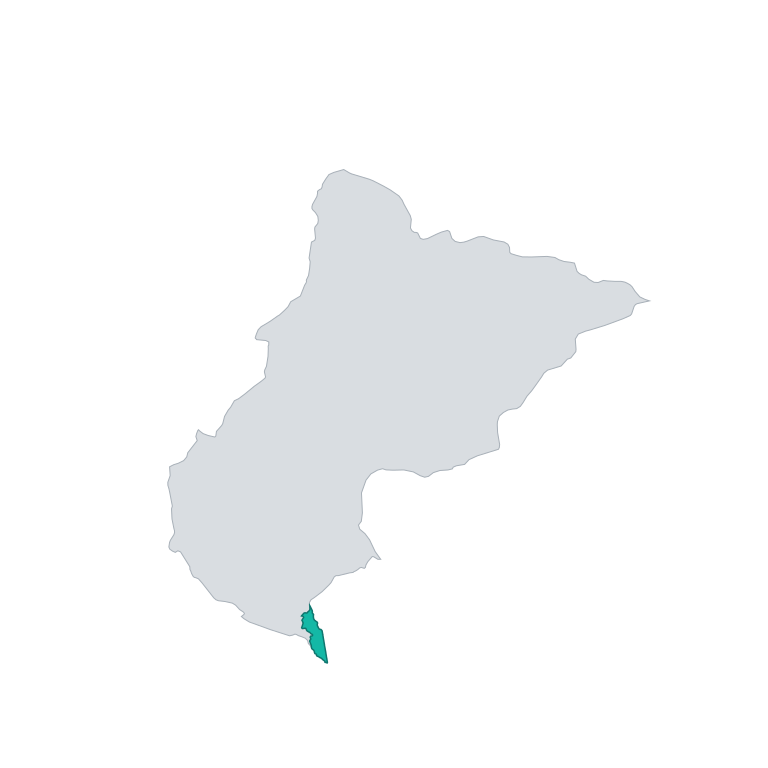 location of Bayanga, Sangha-Mbaéré, Central African Republic, rotated 328°
{"feature_id": "33826404B5322507148284", "entity_name": "Bayanga", "entity_type": "district", "adm_level": 2, "iso_a3": "CAF", "parent_name": "Central African Republic", "parent_adm1": "Sangha-Mbaéré", "projection": "robinson", "projection_center": [16.329, 2.823], "detail": "fine", "context": "in_parent", "style": "filled", "palette": "teal", "viewbox_px": 768, "rotation_deg": 328, "n_neighbors": 0, "source": "geoboundaries", "source_scale": "gbopen_adm2", "svg_char_len": 8057}
<svg xmlns="http://www.w3.org/2000/svg" viewBox="0 0 768 768"><g transform="rotate(328 384 384)"><path d="M513.2,285.6L519.3,287.4L520.4,289.5L518.7,296.5L519.9,300.8L523.4,304.4L526.9,306.0L530.2,306.9L541.8,309.1L546.7,311.7L553.1,319.8L561.1,327.2L563.1,331.1L562.8,334.7L560.4,339.0L560.8,340.8L564.5,345.1L568.7,349.5L576.5,354.5L589.9,362.2L596.0,367.3L598.1,371.2L601.6,375.5L606.4,379.4L609.6,382.4L607.4,390.8L608.1,393.6L609.3,396.0L612.1,399.4L613.2,403.7L616.0,409.0L619.4,411.4L624.9,412.4L627.8,414.8L633.9,419.1L639.7,422.8L642.3,425.3L643.8,427.6L645.2,430.2L645.9,432.9L646.0,438.6L647.1,445.7L650.2,450.6L653.2,454.2L641.2,450.0L639.4,449.9L637.3,450.7L631.1,455.8L629.1,456.4L621.2,455.3L602.1,451.3L587.5,447.4L583.0,446.0L575.2,444.6L570.0,447.3L565.2,456.4L563.8,458.2L556.2,460.9L552.6,460.1L543.8,462.6L530.1,458.9L525.2,459.6L521.4,461.5L511.6,465.6L505.7,468.0L498.8,470.1L492.2,473.4L487.8,475.2L483.5,475.2L479.6,473.3L475.3,471.7L470.2,471.4L464.8,472.3L460.3,476.0L458.5,478.5L454.6,485.4L450.0,496.6L448.2,498.9L446.5,500.0L425.2,494.4L416.0,493.2L409.8,494.9L402.0,491.7L398.6,491.2L397.0,492.2L392.7,490.8L385.6,487.0L378.9,485.3L372.8,485.9L369.1,484.6L366.1,480.9L362.3,474.1L355.3,467.4L346.0,461.9L340.2,457.9L337.9,455.1L332.9,453.6L325.2,453.3L317.8,456.0L307.2,464.4L297.4,481.8L292.0,488.4L287.6,490.1L286.5,494.3L288.6,500.9L289.2,508.5L287.7,521.5L288.3,530.9L285.9,529.4L283.7,525.0L282.6,524.1L276.1,526.1L272.8,527.9L271.0,529.7L269.6,529.9L267.5,527.5L265.9,527.1L263.4,527.5L260.8,527.5L259.1,527.2L257.9,527.4L254.9,526.0L243.7,522.3L241.8,521.1L239.6,521.2L233.8,524.4L230.7,525.3L221.5,527.3L211.6,528.2L207.8,528.3L205.2,529.7L203.5,531.7L200.5,543.6L199.7,545.7L199.8,548.7L198.9,558.3L199.3,561.4L187.5,587.8L185.5,583.4L184.3,578.2L183.8,572.3L184.1,570.7L183.3,569.0L182.3,564.1L183.3,561.0L182.5,557.8L180.2,554.6L178.1,552.1L176.9,549.9L175.9,548.9L173.6,548.6L170.5,547.5L157.4,532.0L143.7,514.5L140.9,508.9L139.8,505.6L143.1,505.2L144.0,504.7L144.0,503.1L142.0,498.7L141.0,493.0L139.3,489.5L133.9,484.2L128.8,480.1L127.2,478.0L126.3,475.1L124.3,456.3L123.4,450.9L121.8,448.6L120.7,447.5L120.2,446.2L120.4,442.8L121.1,439.8L121.1,438.6L122.5,436.0L122.5,418.6L120.8,416.2L117.8,416.2L116.1,413.7L114.8,410.5L115.2,408.2L118.2,404.7L120.1,403.3L125.9,400.5L127.6,399.1L128.6,397.4L129.3,395.1L132.7,386.1L137.7,377.2L139.8,375.4L144.9,362.2L146.1,358.9L147.0,355.5L148.6,352.8L154.1,348.4L158.3,340.6L162.9,341.0L167.5,342.2L173.5,342.8L178.1,341.3L181.2,338.3L195.6,333.0L196.6,328.9L198.9,326.7L201.6,324.7L202.5,324.5L202.7,325.9L204.3,330.2L207.6,334.5L212.4,339.3L213.8,339.0L216.8,335.4L224.3,333.2L226.2,332.2L231.6,327.0L238.0,323.6L241.7,322.4L248.2,318.9L252.8,319.4L260.3,318.8L272.6,317.2L281.6,316.6L286.1,316.0L287.3,315.3L289.0,310.3L290.3,308.9L293.7,306.7L300.3,299.1L304.6,292.7L305.9,290.4L306.8,290.0L308.6,287.3L306.8,284.5L299.4,278.8L299.5,278.0L299.1,277.1L299.5,276.3L302.3,274.0L306.1,271.3L310.1,270.3L320.7,270.5L329.7,270.0L331.8,270.1L338.8,268.8L343.6,267.6L348.5,264.8L359.7,265.1L369.0,258.2L371.6,256.9L372.8,255.8L373.1,254.8L377.5,252.0L382.4,246.3L386.2,241.2L387.2,237.5L397.7,225.2L401.4,225.5L403.2,224.0L407.3,215.8L408.6,214.3L412.9,212.8L415.0,210.4L416.7,206.8L416.7,202.3L415.9,198.7L415.9,197.0L416.9,195.4L418.6,193.8L426.5,189.4L428.6,187.2L429.8,185.3L432.0,185.0L434.4,185.2L436.0,184.0L437.7,182.0L443.2,179.3L448.3,177.2L453.7,178.0L463.5,180.8L466.5,186.6L467.9,188.7L480.0,202.5L482.4,205.8L488.4,215.8L492.1,222.6L496.3,232.4L496.8,237.7L496.2,242.2L495.5,255.1L494.4,258.8L489.1,265.7L488.9,268.8L490.0,271.4L491.6,272.5L492.6,273.8L492.0,279.8L493.9,282.1L497.9,283.7L508.0,284.8L513.2,285.6Z" fill="#d9dde1" stroke="#a8b0b8" stroke-width="1"/><path d="M182.8,569.0L182.8,569.3L182.7,569.5L182.6,569.8L182.6,570.0L182.6,570.4L182.7,570.7L182.7,570.9L182.8,571.1L182.9,571.4L183.0,571.7L183.1,571.8L183.2,572.1L183.3,572.4L183.3,572.8L183.2,573.7L183.0,574.4L182.9,574.5L182.7,575.0L182.6,575.6L182.6,576.0L182.7,576.3L183.0,576.6L183.3,577.0L183.3,577.3L183.3,577.6L183.2,578.1L182.9,578.5L183.0,579.0L183.1,579.4L183.3,579.7L183.8,580.1L184.1,580.7L184.3,581.3L184.5,581.7L184.5,581.8L184.7,582.1L185.0,582.4L185.2,582.8L185.3,583.0L185.5,583.4L185.7,583.6L185.8,583.9L185.8,584.5L185.9,584.9L185.9,585.1L186.0,585.2L186.1,585.5L186.2,585.9L186.5,586.5L186.6,586.9L186.7,587.1L186.8,587.2L186.9,587.7L186.9,587.8L186.7,588.1L186.5,588.5L186.5,588.8L186.9,589.1L187.1,589.4L187.7,589.8L187.8,590.2L187.7,590.5L187.5,590.8L188.5,590.1L188.8,589.4L188.8,589.2L189.0,588.9L189.1,588.6L189.2,588.2L189.4,587.9L189.5,587.6L189.6,587.4L189.8,587.0L189.9,586.6L190.0,586.5L190.0,586.4L190.2,586.0L190.3,585.7L190.4,585.4L190.5,585.1L190.7,584.7L190.8,584.4L191.0,584.1L191.1,583.8L191.2,583.5L191.4,583.1L191.5,582.8L191.6,582.5L191.7,582.2L191.9,581.9L192.0,581.6L192.6,580.3L193.1,579.0L193.5,578.0L194.0,576.8L194.1,576.5L194.4,575.8L194.6,575.2L195.0,574.2L195.6,573.0L195.7,572.6L195.8,572.3L196.0,572.0L196.1,571.7L196.2,571.4L196.4,571.0L196.5,570.7L196.6,570.4L196.8,570.1L196.9,569.8L197.0,569.5L197.2,569.1L197.3,568.8L197.4,568.5L197.5,568.2L197.7,567.9L197.8,567.5L197.9,567.2L198.2,566.7L198.3,566.3L198.5,566.0L198.6,565.6L198.7,565.3L198.9,565.0L199.0,564.7L199.1,564.4L199.2,564.0L199.3,564.0L199.3,563.9L199.4,563.7L199.5,563.4L199.7,563.1L199.8,562.8L199.9,562.4L200.1,562.1L200.2,561.8L200.3,561.5L200.4,561.2L200.5,561.0L200.6,560.9L200.7,560.5L200.7,560.2L200.7,559.9L200.6,559.6L200.6,559.4L200.5,559.1L200.5,558.9L200.3,558.7L200.2,558.5L200.0,558.4L199.9,558.3L199.7,558.1L199.4,557.8L199.3,557.6L199.2,557.4L199.2,557.1L199.2,556.8L199.2,556.1L199.2,555.8L199.2,555.5L199.3,555.2L199.3,554.7L199.3,554.4L199.4,554.1L199.4,553.9L199.5,553.6L199.6,553.3L199.7,553.0L199.8,552.9L199.9,552.7L200.0,552.5L200.1,552.3L200.8,551.8L200.9,551.6L201.0,551.4L201.1,551.2L201.1,550.9L201.1,550.6L201.1,550.3L201.0,550.1L200.9,549.9L200.8,549.7L200.7,549.5L200.6,549.3L200.5,549.1L200.4,548.8L200.3,548.6L200.3,548.4L200.2,548.2L200.0,547.7L199.9,547.2L199.9,546.9L199.9,546.6L199.9,546.4L199.9,546.1L200.0,545.8L200.1,545.6L200.1,545.4L200.2,545.2L200.3,544.9L200.4,544.7L200.5,544.6L200.6,544.3L200.7,544.1L200.8,543.9L200.9,543.7L201.1,543.5L201.2,543.4L201.3,543.2L201.5,542.8L201.7,542.6L201.8,542.4L202.0,542.3L202.1,542.1L202.1,541.8L202.1,541.5L202.0,541.2L201.9,541.0L201.9,540.9L201.8,540.5L201.9,540.2L202.0,540.0L202.1,539.8L202.2,539.6L202.3,539.5L202.4,539.3L202.5,539.3L202.6,539.1L202.7,538.9L202.8,538.7L203.0,538.3L203.0,538.0L203.1,537.8L203.1,537.5L203.2,537.2L203.2,536.9L203.2,536.7L203.3,536.3L203.3,536.1L203.3,535.7L203.4,535.2L203.4,534.9L203.4,534.6L203.5,534.3L203.5,534.0L203.5,533.7L203.5,533.4L203.6,533.2L203.6,532.8L203.6,532.7L202.1,535.3L201.4,536.2L200.7,536.5L199.8,536.8L199.3,536.9L198.8,536.9L198.3,537.0L197.7,537.3L197.3,537.3L196.8,537.1L196.3,536.6L195.6,536.1L195.0,536.0L194.6,535.9L191.3,536.9L191.1,537.0L191.3,537.2L191.7,537.5L192.0,537.8L192.2,538.0L192.3,538.4L192.3,538.8L192.2,539.3L192.0,539.5L191.5,539.7L191.1,539.9L189.4,540.7L189.1,541.0L189.1,541.3L189.2,541.7L189.1,542.1L189.0,542.7L188.9,543.0L188.8,543.4L188.8,543.9L188.4,544.2L188.1,544.4L186.0,546.3L185.1,546.9L185.0,547.3L185.0,547.7L185.1,548.0L185.4,548.3L185.6,548.4L186.0,548.6L186.6,548.8L186.9,549.0L187.2,549.1L187.5,549.2L187.7,549.4L188.1,549.7L188.1,550.0L188.1,550.3L188.1,550.9L187.9,551.4L187.9,551.7L187.9,552.4L188.0,552.8L188.1,553.1L188.3,553.4L188.7,554.1L188.9,554.6L189.1,554.8L189.3,555.1L189.5,555.4L189.5,555.6L189.6,556.0L189.6,556.5L189.6,556.9L189.8,557.2L189.9,557.5L190.2,557.7L190.3,557.9L190.4,558.2L190.5,558.7L190.5,558.9L190.3,559.2L190.1,559.4L189.8,559.5L189.5,559.5L189.2,559.4L188.9,559.3L188.6,559.1L188.4,559.0L188.1,559.0L187.9,559.1L187.6,559.3L187.4,559.5L187.2,559.7L186.8,561.5L185.5,562.1L185.0,562.4L184.9,562.5L184.6,562.9L184.6,563.4L184.5,563.9L184.3,564.4L184.2,565.0L184.0,566.2L183.8,567.1L182.8,569.0Z" fill="#14b8a6" stroke="#0f766e" stroke-width="1.5"/></g></svg>